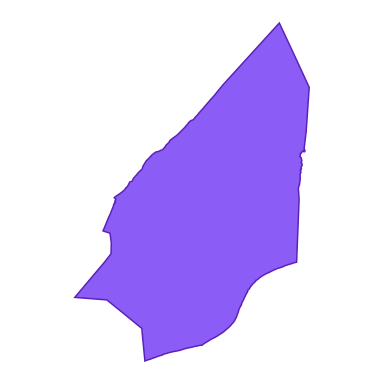 Skaftárhreppur, Suðurland, Iceland
{"feature_id": "244011B24957701647142", "entity_name": "Skaftárhreppur", "entity_type": "district", "adm_level": 2, "iso_a3": "ISL", "parent_name": "Iceland", "parent_adm1": "Suðurland", "projection": "mercator", "projection_center": [-18.128, 64.02], "detail": "fine", "context": "isolated", "style": "filled", "palette": "violet", "viewbox_px": 384, "rotation_deg": 0, "n_neighbors": 0, "source": "geoboundaries", "source_scale": "gbopen_adm2", "svg_char_len": 5568}
<svg xmlns="http://www.w3.org/2000/svg" viewBox="0 0 384 384"><path d="M279.3,23.0L254.8,49.9L223.0,84.8L218.9,89.8L216.7,92.5L213.8,96.1L211.0,99.1L201.6,110.1L198.9,113.0L197.4,115.1L195.8,116.6L193.3,119.7L191.7,120.3L191.1,120.5L189.8,121.4L188.7,122.5L187.7,124.0L186.4,125.4L184.6,127.6L184.1,128.1L181.0,131.2L180.8,131.5L180.2,132.0L178.1,134.1L176.6,135.5L175.6,136.2L172.6,138.4L171.1,139.5L170.4,140.1L170.0,140.5L169.5,141.2L169.1,142.2L168.9,142.4L168.2,143.1L166.1,145.1L165.6,145.8L165.3,146.6L165.1,146.8L164.5,147.6L163.7,148.3L162.9,149.4L162.2,149.8L160.7,150.4L159.3,151.1L158.2,151.5L156.8,151.8L156.3,151.9L155.9,152.0L154.4,153.0L151.7,155.1L149.7,157.4L148.2,158.9L147.4,159.7L146.7,160.3L146.0,161.2L143.2,165.8L142.7,166.8L142.6,167.3L142.6,167.6L142.4,168.4L142.3,168.7L142.1,169.0L141.5,169.7L140.6,170.4L139.8,171.1L137.7,173.4L136.4,175.1L135.2,176.3L134.6,177.2L133.8,177.9L133.2,178.8L133.0,179.2L132.9,179.6L132.6,180.3L132.3,180.8L131.8,181.2L131.2,181.5L130.0,181.9L129.8,182.0L129.6,182.2L129.5,182.4L129.3,182.8L129.0,183.5L128.6,184.4L128.1,185.3L127.3,186.6L126.5,187.4L126.1,187.7L125.9,187.8L125.5,188.5L125.0,189.1L124.6,189.8L124.3,190.1L121.5,192.4L119.6,193.8L115.4,196.6L114.9,197.0L114.5,197.5L114.2,197.7L114.2,197.8L114.3,197.9L114.7,198.1L115.1,198.5L115.4,198.7L115.6,199.2L115.6,199.6L115.4,200.0L115.3,200.3L115.2,200.5L115.3,200.8L115.2,200.9L115.1,201.1L114.8,201.4L114.9,201.6L114.9,201.9L114.9,202.0L115.3,202.4L115.3,202.6L115.3,202.8L115.1,203.0L114.6,203.1L114.4,203.3L114.3,203.6L114.1,204.0L113.7,204.3L113.7,204.5L113.6,204.8L113.7,205.0L113.6,205.5L110.1,214.3L108.7,217.2L103.9,228.9L103.0,230.8L103.8,231.2L110.0,233.2L111.3,243.0L111.0,253.8L104.3,262.4L100.3,267.1L94.8,273.6L74.8,297.4L106.8,299.9L124.1,313.9L141.8,328.4L142.3,334.2L144.9,361.0L145.7,360.7L147.2,360.1L148.1,359.8L150.3,359.2L152.3,358.4L155.2,357.4L157.0,356.7L159.8,355.7L161.8,355.2L164.1,354.0L165.5,353.7L168.6,352.8L171.8,351.9L172.6,351.9L173.4,351.6L174.9,351.3L175.3,351.3L180.1,350.3L180.8,350.0L181.2,349.9L182.0,349.6L184.7,348.8L187.3,348.1L192.4,347.1L194.7,346.4L195.5,346.3L196.5,346.2L197.6,345.9L198.3,345.6L198.9,345.6L200.4,345.2L200.7,345.2L201.3,345.3L201.8,345.4L202.2,345.0L202.5,344.9L203.3,344.1L205.0,343.1L205.6,342.6L206.0,342.4L206.7,341.9L207.5,341.6L207.8,341.3L208.4,341.0L210.1,339.9L211.1,339.3L212.1,338.8L213.0,338.3L215.4,337.2L216.5,336.4L216.9,336.3L219.3,334.7L219.7,334.4L220.8,333.7L223.0,332.3L223.5,331.8L223.9,331.6L224.1,331.4L224.8,330.8L225.3,330.5L225.5,330.2L226.1,329.6L228.3,327.8L229.9,326.3L233.7,322.0L235.1,319.8L235.4,319.0L236.0,318.0L236.1,317.6L236.5,317.1L236.9,315.8L237.3,314.5L238.0,312.9L238.3,311.8L238.4,311.6L238.5,311.2L238.6,310.9L239.1,309.0L239.5,308.4L239.8,307.6L240.2,306.8L240.7,306.0L240.8,305.8L241.0,305.5L241.2,305.4L241.2,304.9L241.4,304.5L241.5,304.4L241.6,304.0L241.6,303.4L241.8,303.2L242.0,302.7L242.2,302.2L242.7,301.2L243.6,299.5L243.8,299.3L243.8,299.0L244.1,298.4L244.2,298.2L244.5,297.5L244.9,296.7L245.1,296.3L245.5,295.5L245.6,295.3L245.7,295.1L246.9,292.8L247.1,292.6L247.3,292.4L247.3,292.2L247.3,291.9L247.7,291.4L247.8,291.3L247.8,291.1L247.7,290.7L248.1,289.8L248.3,289.7L249.0,289.3L249.1,289.2L249.3,288.9L250.4,287.0L251.1,285.9L251.4,285.7L252.3,284.6L253.8,283.0L255.1,281.8L255.8,281.0L255.9,280.6L255.9,280.3L256.5,280.2L256.9,280.0L258.5,278.8L259.6,277.8L260.8,276.9L261.8,276.2L263.5,275.2L265.4,274.1L266.9,273.3L267.8,273.1L268.0,272.9L268.3,272.5L269.1,272.4L269.6,272.2L271.6,271.1L274.8,269.6L277.3,268.5L278.4,268.2L280.9,267.4L281.7,267.3L282.1,267.0L282.2,266.8L283.0,266.7L284.4,266.0L285.4,265.6L287.6,264.8L288.5,264.4L289.2,264.5L289.6,264.2L290.4,264.0L291.4,263.7L291.6,263.6L292.0,263.6L293.4,263.0L296.0,262.3L296.6,262.2L299.1,199.5L298.4,189.0L298.5,188.0L298.5,187.2L298.7,186.4L299.3,185.6L299.4,185.0L299.4,184.7L299.5,184.5L299.5,184.4L299.5,184.2L299.5,183.6L299.6,183.4L299.6,183.2L299.8,182.8L299.8,182.4L299.8,181.9L299.8,181.5L299.8,181.2L299.9,180.9L299.9,180.7L300.1,180.4L300.1,180.2L299.9,179.9L300.3,178.8L300.3,178.5L300.3,178.3L300.2,178.0L300.3,177.8L300.3,177.6L300.3,177.4L300.3,177.2L300.2,176.7L300.1,176.4L300.1,176.0L300.2,175.6L300.2,175.3L300.2,175.1L300.1,174.9L300.0,174.7L300.1,174.2L300.3,173.9L300.4,173.7L300.5,173.2L300.9,172.6L301.0,172.3L300.9,172.1L300.8,171.9L300.6,171.6L300.4,171.1L300.4,170.8L300.4,170.7L300.5,170.6L300.8,170.4L301.0,170.2L300.9,169.6L301.0,169.4L300.9,169.4L301.0,169.3L301.2,168.6L301.3,168.4L301.4,168.2L301.1,167.8L301.1,167.6L301.2,167.3L301.3,166.9L301.4,166.6L301.6,166.3L301.8,166.1L301.8,165.9L301.8,165.7L302.1,165.3L302.1,165.1L302.0,164.9L302.1,164.5L302.0,164.0L302.0,163.9L301.9,163.2L301.7,163.1L301.2,162.9L301.1,162.7L301.1,162.4L301.3,161.8L301.5,161.5L301.7,161.2L301.8,160.9L301.9,160.6L301.7,160.0L301.7,159.7L301.6,159.4L301.4,159.1L301.4,158.8L301.3,158.5L301.2,158.2L301.0,157.9L301.1,157.7L301.0,157.4L300.8,157.2L300.5,157.2L300.4,157.0L299.9,156.6L299.8,156.4L300.1,156.1L300.1,155.9L300.3,155.4L300.3,155.1L300.3,154.8L300.2,154.5L300.5,153.9L300.4,153.7L300.5,153.5L300.6,153.4L301.2,153.2L301.4,153.0L301.4,152.7L301.5,152.7L301.6,152.4L301.7,152.2L301.9,152.1L302.0,152.0L302.1,151.9L302.3,151.6L302.5,151.5L302.7,151.3L302.9,151.2L303.1,151.3L303.2,151.2L303.2,151.4L303.3,151.5L303.6,151.5L303.9,151.8L304.2,151.8L304.6,151.7L304.8,151.3L304.9,151.1L305.0,150.8L304.9,150.5L304.8,150.0L304.7,149.7L304.1,148.8L306.2,131.2L309.2,87.3L294.7,55.9L279.3,23.0Z" fill="#8b5cf6" stroke="#5b21b6" stroke-width="1.5"/></svg>